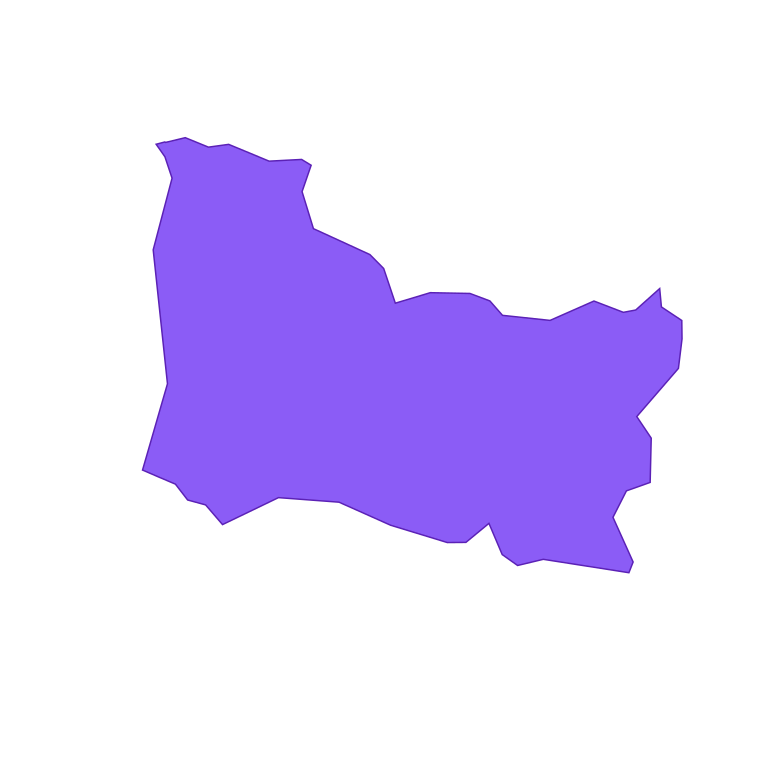 outline of Coleraine, rotated 289°
{"feature_id": "GBR-2100", "entity_name": "Coleraine", "entity_type": "District", "adm_level": 1, "iso_a3": "GBR", "parent_name": "United Kingdom", "parent_adm1": "", "projection": "mercator", "projection_center": [-6.661, 55.068], "detail": "fine", "context": "isolated", "style": "filled", "palette": "violet", "viewbox_px": 768, "rotation_deg": 289, "n_neighbors": 0, "source": "natural_earth", "source_scale": "10m", "svg_char_len": 816}
<svg xmlns="http://www.w3.org/2000/svg" viewBox="0 0 768 768"><g transform="rotate(289 384 384)"><path d="M224.0,183.7L313.7,179.2L435.7,122.1L509.6,116.6L527.5,102.9L536.5,90.5L541.5,98.0L541.3,98.8L552.2,115.9L550.8,140.9L560.0,159.1L557.3,202.8L569.5,233.0L567.1,243.9L539.2,243.9L507.9,266.7L501.8,328.5L493.1,346.1L464.1,368.4L485.4,398.0L497.6,435.8L497.0,457.1L487.5,473.7L498.2,520.3L530.8,555.5L529.7,587.0L535.9,597.9L564.0,613.6L547.2,621.2L541.0,644.9L523.7,651.1L494.6,657.3L435.5,633.6L419.8,654.3L377.6,667.7L361.9,648.0L332.5,643.9L296.8,677.5L285.3,677.0L270.1,591.7L255.9,569.4L261.2,551.3L286.4,528.6L260.9,513.0L254.7,495.5L252.6,436.4L257.6,379.9L242.2,321.2L198.5,277.1L211.6,254.7L210.4,236.1L221.4,219.4L222.7,201.0L224.0,183.7Z" fill="#8b5cf6" stroke="#5b21b6" stroke-width="1.5"/></g></svg>